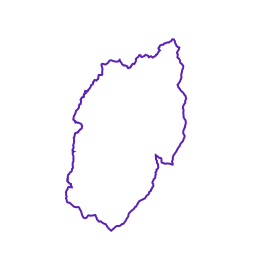 the district of Girardota, Antioquia, Colombia, rotated 224°
{"feature_id": "7082276B6763900439395", "entity_name": "Girardota", "entity_type": "district", "adm_level": 2, "iso_a3": "COL", "parent_name": "Colombia", "parent_adm1": "Antioquia", "projection": "robinson", "projection_center": [-75.429, 6.376], "detail": "fine", "context": "isolated", "style": "outline", "palette": "violet", "viewbox_px": 256, "rotation_deg": 224, "n_neighbors": 0, "source": "geoboundaries", "source_scale": "gbopen_adm2", "svg_char_len": 5830}
<svg xmlns="http://www.w3.org/2000/svg" viewBox="0 0 256 256"><g transform="rotate(224 128 128)"><path d="M185.5,145.0L184.8,144.5L184.4,143.4L184.0,143.2L183.7,142.6L183.5,142.4L183.8,141.5L183.7,140.2L184.4,140.0L185.4,139.3L185.2,138.7L185.1,137.5L184.9,136.7L184.6,136.8L183.7,134.8L184.3,133.2L183.3,131.1L183.2,130.0L182.9,129.1L183.2,128.0L182.8,127.4L182.5,126.0L183.8,125.6L184.5,125.0L184.1,124.0L183.3,124.1L182.5,123.7L182.6,123.1L183.2,121.9L182.3,120.4L181.9,120.4L181.4,119.6L182.0,119.2L182.1,118.8L181.9,118.8L182.2,118.3L182.3,117.6L181.9,116.8L182.1,116.5L181.7,115.6L181.7,115.3L181.3,115.2L180.8,115.0L179.5,113.6L179.1,112.6L178.9,112.5L178.8,112.2L179.1,112.0L179.2,111.2L179.3,111.0L177.9,109.0L177.6,108.8L177.3,108.1L177.2,107.5L177.3,107.4L177.2,105.7L177.4,104.9L177.2,104.2L176.6,102.9L176.1,102.3L175.6,100.8L175.3,99.2L174.8,98.3L173.8,97.0L173.5,96.4L173.1,96.0L171.4,96.3L171.2,96.2L171.1,95.9L170.8,95.8L170.4,96.2L169.5,95.5L168.9,96.5L168.2,96.8L167.9,96.7L166.9,97.6L164.6,98.3L162.6,97.8L162.1,97.2L162.1,96.9L161.3,96.1L161.1,95.6L161.1,94.3L161.4,93.9L161.4,93.4L161.3,91.1L160.9,90.5L161.4,90.1L161.3,89.2L162.0,88.5L162.3,87.7L162.4,87.2L161.6,86.4L160.4,84.3L160.2,83.2L158.8,82.4L156.2,79.2L155.6,77.7L155.0,77.1L154.6,77.1L153.8,76.2L153.3,75.8L152.8,73.8L152.3,73.6L152.1,73.1L151.8,73.0L150.9,73.3L151.1,73.0L151.2,72.5L150.7,72.1L150.7,72.4L150.5,72.2L150.4,71.6L150.1,71.1L148.1,70.1L147.2,69.4L146.7,68.8L146.3,68.4L146.0,67.9L145.5,67.6L144.2,66.3L143.7,64.8L143.3,64.1L142.4,63.4L141.7,62.4L140.3,61.6L139.8,60.7L139.9,60.1L139.8,59.5L139.1,58.9L138.5,57.7L138.6,56.4L138.8,55.8L138.8,55.2L138.4,54.3L138.6,52.8L138.1,52.3L137.8,51.5L137.3,50.8L136.9,50.7L136.1,49.7L135.8,49.6L135.5,49.1L135.9,48.8L135.8,48.7L135.1,48.1L134.9,47.7L134.0,47.4L133.7,47.8L132.1,47.6L131.6,47.3L130.1,48.1L129.0,46.9L128.2,46.9L127.2,46.3L129.7,44.3L129.8,43.4L128.9,41.9L128.8,40.6L128.1,38.7L127.4,38.3L125.8,36.6L125.2,36.5L124.7,36.2L124.1,35.4L123.9,34.4L122.7,34.0L120.7,32.6L119.9,32.5L117.9,33.7L112.0,33.9L110.0,35.3L108.7,36.7L107.7,36.8L106.6,36.2L105.6,36.0L103.8,35.4L101.0,33.8L99.3,33.0L98.6,32.8L96.8,32.8L96.2,33.3L95.6,34.5L95.6,35.5L95.9,37.3L95.8,37.7L94.3,38.7L93.5,39.4L91.1,42.7L90.5,42.6L90.1,42.2L89.5,41.9L88.1,41.6L86.9,40.7L85.2,40.7L84.4,40.4L84.1,40.4L83.7,40.7L82.9,41.9L81.6,41.9L78.8,42.5L77.5,43.3L76.9,43.3L73.4,42.4L70.8,42.3L68.7,42.5L68.2,49.2L67.8,50.0L66.4,51.2L66.0,51.9L65.7,53.1L65.6,54.8L65.0,55.4L64.8,56.3L65.2,59.3L65.9,61.7L66.3,64.4L67.6,66.2L67.9,66.9L68.1,68.3L67.9,71.8L67.6,73.4L67.6,74.4L68.1,76.1L67.6,76.9L67.8,77.8L68.2,78.8L68.4,80.3L68.8,80.9L68.7,81.7L69.1,82.8L68.9,83.7L68.3,85.6L67.9,86.4L67.6,87.5L67.0,88.8L66.9,89.3L67.4,91.3L67.6,92.6L67.2,93.7L67.3,95.4L67.5,95.8L68.1,96.2L68.3,96.6L67.9,99.0L68.1,99.3L68.7,99.7L68.7,101.1L69.2,101.9L69.2,103.2L69.5,103.9L69.8,104.3L70.0,104.4L71.2,105.3L72.4,105.5L72.7,105.8L73.1,106.9L73.3,107.8L73.9,109.0L73.8,110.9L74.3,111.7L75.0,112.3L75.9,114.2L77.4,115.1L77.5,116.8L78.5,117.6L78.4,119.6L78.8,120.7L79.6,121.4L80.4,121.9L81.3,122.9L82.8,123.0L83.5,123.5L84.2,124.4L84.7,124.6L85.8,124.8L86.4,125.1L87.5,126.4L88.4,126.9L89.2,127.8L86.6,128.1L84.8,128.2L83.6,129.2L83.3,129.2L82.7,129.1L80.1,126.7L79.2,126.7L77.8,127.5L76.5,128.0L75.7,129.2L74.1,130.6L72.6,131.6L70.5,132.5L70.4,132.7L71.3,133.6L72.8,134.2L73.1,134.6L74.0,136.7L75.2,137.8L76.1,139.5L76.4,141.0L77.0,144.8L77.7,147.0L78.2,148.9L78.2,150.5L79.3,153.3L79.4,156.7L79.8,157.7L80.7,159.5L81.0,160.5L81.3,161.2L82.0,161.8L84.2,162.4L84.9,162.8L86.5,164.9L86.8,165.9L87.4,167.1L87.4,167.8L87.6,168.3L88.3,168.9L89.6,171.4L91.2,173.0L92.1,173.5L94.2,173.9L95.1,174.2L96.5,175.3L97.6,176.4L99.0,177.6L100.3,179.3L101.1,179.9L102.5,180.4L103.3,181.8L104.0,183.5L104.3,185.8L104.6,186.2L105.2,186.6L105.8,187.5L106.3,189.0L106.7,189.6L107.7,190.1L108.7,191.0L109.9,191.0L112.7,191.7L116.3,191.6L118.2,192.2L120.1,192.2L121.0,193.0L122.3,193.4L122.9,197.2L123.2,198.2L123.6,198.7L123.7,199.7L124.2,200.5L124.7,201.6L125.5,202.1L126.6,203.2L129.6,208.0L129.7,208.8L130.3,209.8L131.3,211.0L131.7,211.2L133.0,211.2L133.6,211.5L135.4,211.2L136.7,211.8L138.1,213.0L139.1,213.2L139.6,213.4L140.4,213.0L141.5,213.1L142.2,214.0L142.4,214.5L143.0,215.0L143.5,215.7L144.7,215.9L145.3,216.4L145.4,217.5L145.7,218.2L146.2,220.3L146.9,221.5L147.7,221.3L148.2,220.9L149.8,220.7L150.5,221.1L151.0,221.0L151.3,221.3L153.6,222.1L154.2,222.7L155.1,223.2L156.7,223.5L157.3,223.2L157.8,222.2L157.4,221.5L157.3,221.0L157.4,220.1L158.0,219.0L158.0,217.9L158.3,217.7L159.1,216.8L159.3,216.3L159.8,215.9L159.9,214.8L160.7,214.0L160.5,212.5L160.7,212.1L161.6,211.3L161.7,210.6L162.2,209.9L162.1,208.6L161.6,208.1L161.4,207.8L161.6,207.0L161.5,206.5L160.5,206.1L159.5,205.9L159.0,206.0L158.9,203.5L158.3,201.8L158.3,200.5L158.7,200.3L158.7,200.0L158.3,199.4L158.3,199.0L158.6,198.2L158.6,197.7L158.9,197.1L159.1,195.9L161.3,195.6L162.2,193.4L163.6,193.9L165.4,193.2L166.0,192.4L166.2,192.5L166.4,191.7L166.3,191.1L166.3,190.8L167.2,188.9L167.9,188.4L168.2,188.4L169.6,189.0L170.0,188.8L170.5,188.2L170.2,187.2L170.1,185.9L170.4,183.5L170.3,183.1L169.5,182.6L169.2,182.3L168.3,180.2L168.2,179.4L167.9,178.9L167.9,178.6L168.8,177.8L169.2,177.1L168.9,175.8L169.0,174.8L168.5,174.1L168.4,173.6L168.6,173.5L168.7,172.3L168.9,172.1L169.1,172.1L169.5,171.1L170.3,171.1L171.3,171.8L172.3,171.6L173.2,171.2L174.0,170.3L174.3,170.4L175.7,169.8L177.0,169.9L177.7,170.2L179.8,170.5L181.3,171.2L181.3,169.4L181.5,168.8L181.9,168.1L184.6,166.1L186.9,165.2L187.5,164.7L187.8,164.2L188.0,163.3L188.0,162.8L187.7,161.8L187.7,160.9L188.1,158.5L188.6,157.8L190.7,156.7L191.2,155.9L191.2,155.4L190.9,154.9L187.7,153.0L187.0,152.4L185.9,150.8L183.7,148.6L183.6,148.4L183.9,147.8L184.9,146.7L185.8,145.9L185.5,145.0Z" fill="none" stroke="#5b21b6" stroke-width="2"/></g></svg>